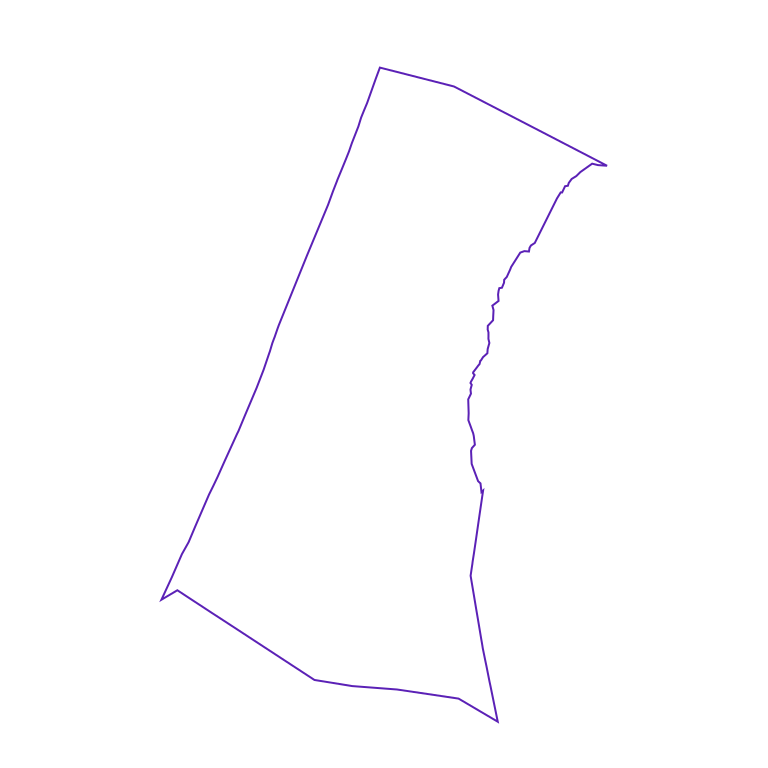 outline of La Grandeza, Chiapas, Mexico, rotated 191°
{"feature_id": "50627088B79475458377656", "entity_name": "La Grandeza", "entity_type": "district", "adm_level": 2, "iso_a3": "MEX", "parent_name": "Mexico", "parent_adm1": "Chiapas", "projection": "robinson", "projection_center": [-92.226, 15.51], "detail": "fine", "context": "isolated", "style": "outline", "palette": "violet", "viewbox_px": 768, "rotation_deg": 191, "n_neighbors": 0, "source": "geoboundaries", "source_scale": "gbopen_adm2", "svg_char_len": 1900}
<svg xmlns="http://www.w3.org/2000/svg" viewBox="0 0 768 768"><g transform="rotate(191 384 384)"><path d="M561.3,129.8L547.5,142.1L529.7,134.8L509.2,126.4L487.7,117.7L395.8,80.2L357.6,81.4L313.0,86.6L250.8,89.4L227.1,81.0L207.9,74.2L221.8,107.7L223.6,111.9L229.6,126.6L232.0,132.3L236.6,143.4L237.5,145.9L238.7,149.1L239.7,151.7L246.8,170.7L250.5,180.5L255.2,193.1L262.4,212.3L262.9,223.2L262.9,223.8L263.1,226.5L263.4,234.9L264.1,250.0L265.0,268.5L266.4,298.3L267.7,296.5L270.3,304.8L273.1,306.6L282.7,322.3L285.8,335.0L285.5,337.9L283.2,341.7L286.0,350.2L287.1,352.7L288.9,355.6L290.6,358.5L294.3,364.6L295.3,371.4L298.4,385.0L296.8,391.1L298.0,394.9L298.0,395.9L297.7,399.9L299.3,401.5L299.0,403.1L298.6,404.2L298.0,406.0L296.8,410.1L298.6,411.6L298.7,412.5L295.7,418.6L295.2,419.7L294.5,421.0L294.2,421.3L294.0,421.9L293.9,425.1L293.4,425.5L291.9,429.3L288.4,433.9L288.9,438.1L288.4,444.4L290.1,448.2L290.6,451.0L291.3,454.6L292.6,457.2L293.2,460.9L289.1,467.4L289.8,471.9L290.1,474.1L290.6,477.5L292.6,481.6L287.4,487.4L289.1,493.6L289.3,497.4L289.1,500.1L286.6,501.0L285.5,506.3L285.9,509.3L283.9,512.5L282.0,520.4L281.5,523.2L275.3,539.0L271.6,541.2L267.0,541.7L267.1,545.4L266.2,548.0L262.9,551.2L249.6,599.2L247.1,605.8L245.7,606.0L244.0,612.7L241.3,613.7L241.0,616.6L238.9,621.1L234.9,624.8L231.7,629.5L221.7,640.0L215.7,639.7L206.7,640.8L287.9,664.7L372.1,689.4L448.4,693.8L450.3,682.3L454.2,656.5L455.9,648.3L457.3,641.1L458.3,631.9L461.5,614.4L462.7,605.8L464.1,598.4L466.4,586.8L468.8,575.0L468.8,574.7L470.8,563.7L470.9,563.1L473.1,549.2L484.2,495.0L498.6,421.1L498.6,420.9L499.0,418.5L500.4,408.6L500.5,408.3L501.4,402.9L502.3,393.7L502.4,393.4L504.9,375.0L508.3,355.9L514.5,326.6L517.9,310.0L518.8,306.7L525.7,278.0L529.6,261.2L532.0,251.9L534.5,242.7L534.6,242.4L542.2,207.7L545.6,191.5L549.9,178.5L555.4,153.8L561.3,129.8Z" fill="none" stroke="#5b21b6" stroke-width="2"/></g></svg>